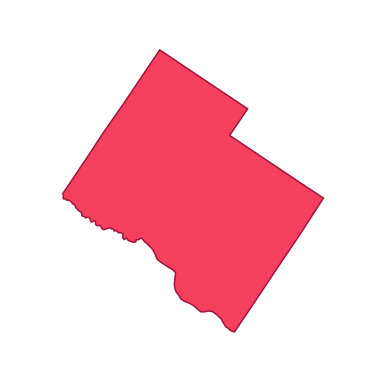 Picún Leufú, Neuquén, Argentina, rotated 78°
{"feature_id": "61730980B82324044769491", "entity_name": "Picún Leufú", "entity_type": "district", "adm_level": 2, "iso_a3": "ARG", "parent_name": "Argentina", "parent_adm1": "Neuquén", "projection": "mercator", "projection_center": [-69.301, -39.408], "detail": "fine", "context": "isolated", "style": "filled", "palette": "rose", "viewbox_px": 384, "rotation_deg": 78, "n_neighbors": 0, "source": "geoboundaries", "source_scale": "gbopen_adm2", "svg_char_len": 4578}
<svg xmlns="http://www.w3.org/2000/svg" viewBox="0 0 384 384"><g transform="rotate(78 192 192)"><path d="M92.4,241.7L116.5,267.4L134.0,285.0L166.7,318.7L166.9,318.9L167.0,318.8L167.3,318.7L167.7,318.5L168.3,318.4L169.2,318.6L169.9,318.8L170.8,319.2L171.4,319.3L171.8,319.1L172.2,318.9L172.3,318.6L172.3,318.1L172.3,317.5L172.4,317.1L172.5,317.0L172.6,316.9L172.8,316.7L173.0,316.6L173.3,316.5L173.8,316.3L174.0,316.1L174.0,315.6L174.2,315.3L174.2,315.2L174.3,314.6L174.5,314.2L174.7,313.7L175.2,313.2L175.7,312.9L175.8,312.9L176.4,312.3L177.0,311.8L177.6,311.6L178.0,311.5L178.4,311.3L178.7,311.2L178.9,310.8L179.4,310.3L179.7,310.0L179.7,309.9L179.9,309.6L180.1,309.3L180.4,309.2L180.6,309.2L180.8,309.1L181.5,309.1L181.8,309.0L182.2,309.0L182.4,309.0L182.8,309.0L183.2,308.8L183.6,308.6L184.0,308.2L184.5,307.7L184.8,307.7L185.0,307.7L185.5,307.7L185.9,307.4L186.2,307.2L186.4,307.0L186.5,306.7L186.9,306.4L187.0,306.4L187.4,306.0L187.7,305.9L187.9,305.6L188.0,305.1L188.2,304.8L188.3,304.7L188.5,304.5L189.2,304.6L189.7,304.6L190.0,304.3L190.3,304.2L191.1,304.4L191.6,304.6L191.8,304.6L192.2,304.6L192.4,304.4L192.8,304.0L193.2,303.7L193.3,303.2L193.5,302.7L193.7,302.3L193.8,302.2L194.1,302.0L194.3,301.9L194.7,301.8L195.0,301.7L195.2,301.3L195.1,300.9L195.0,300.5L194.9,300.1L194.8,299.8L195.0,299.2L195.3,298.7L195.6,298.3L196.1,297.7L196.3,297.6L196.5,297.5L196.7,297.4L197.3,297.2L198.2,297.2L198.6,297.3L199.0,297.3L199.5,297.1L200.0,296.9L200.4,296.4L200.5,296.1L200.5,295.4L200.3,295.0L200.1,294.5L199.9,294.0L199.9,293.6L200.0,293.1L200.2,292.9L200.5,292.7L200.9,292.6L201.7,292.7L202.1,292.8L202.6,292.9L203.3,293.1L203.5,293.0L204.2,292.7L204.6,292.4L204.9,292.0L205.0,291.9L205.1,291.6L205.2,291.3L205.5,290.7L205.6,290.3L205.7,289.8L205.5,289.7L205.4,289.5L205.5,289.1L205.7,288.7L206.0,288.5L206.1,288.4L206.5,288.2L207.7,288.0L208.5,288.0L209.6,287.2L210.0,286.8L210.3,286.5L210.5,286.1L210.6,285.7L210.5,285.0L210.3,284.4L210.3,283.6L210.2,282.7L210.0,282.4L210.0,281.7L210.0,280.9L210.2,280.2L210.3,279.7L210.3,279.4L210.4,279.0L210.6,278.7L211.2,278.4L211.6,278.0L211.6,277.6L211.5,277.2L211.5,276.8L211.8,276.6L212.3,276.5L212.8,276.5L213.2,276.4L213.6,276.4L213.9,276.2L214.0,275.9L214.1,275.4L214.1,275.0L214.1,274.8L214.1,274.6L214.2,274.3L214.4,274.0L214.6,273.6L214.9,273.2L215.1,273.1L215.4,273.1L215.7,272.9L216.0,272.8L216.5,272.5L216.7,272.2L216.7,271.9L216.7,271.4L216.9,270.6L217.1,270.1L217.4,269.8L217.5,269.5L217.7,269.4L218.2,269.0L218.5,268.6L218.9,268.4L219.4,268.4L219.7,268.5L219.9,268.6L220.1,268.7L220.3,268.7L220.5,268.5L220.7,268.4L221.0,268.5L221.4,269.0L221.9,269.3L222.2,269.4L222.5,269.3L222.8,269.1L223.4,268.8L224.1,268.4L224.3,268.3L224.4,267.9L224.2,267.4L223.7,266.8L223.4,266.0L223.4,265.9L223.7,265.6L223.9,265.3L224.7,265.1L225.1,265.0L225.7,264.6L226.1,264.3L227.0,263.2L227.3,262.6L227.9,261.7L228.4,261.0L228.6,260.8L228.7,260.0L228.9,259.6L229.0,259.1L229.3,258.4L229.0,257.5L228.7,257.1L228.2,256.9L227.7,256.8L227.2,256.8L227.1,255.9L227.4,255.1L227.6,254.4L227.3,253.6L226.8,252.7L226.7,252.1L226.7,251.3L227.0,250.9L227.4,250.5L228.9,249.6L230.7,248.8L232.2,247.5L233.8,246.3L235.3,245.3L236.0,244.9L237.4,243.9L238.4,243.3L239.6,242.7L241.1,242.1L243.9,241.3L245.2,241.0L246.5,240.7L248.2,240.5L249.1,240.4L249.3,240.3L250.0,240.2L251.5,239.4L251.9,239.0L252.8,238.3L253.3,237.8L253.9,237.3L254.4,236.8L254.8,236.4L255.5,235.8L256.0,235.3L256.2,235.1L256.4,234.9L256.8,234.5L257.4,233.8L258.2,233.1L260.0,231.3L260.8,230.5L261.2,230.1L261.8,229.4L262.5,228.6L263.1,228.0L264.1,226.9L264.9,226.4L267.0,225.0L268.0,225.0L268.3,225.0L270.7,225.9L274.6,227.3L276.0,227.7L276.9,228.0L278.0,228.3L279.2,228.5L279.9,228.6L280.5,228.7L281.4,228.7L281.9,228.7L282.8,228.7L283.6,228.7L284.4,228.6L285.0,228.6L286.2,228.2L287.0,228.0L287.5,227.8L288.3,227.4L289.5,226.7L291.3,226.1L292.7,225.6L294.2,225.2L296.7,222.7L297.1,222.3L297.9,221.3L298.3,220.7L300.0,218.1L301.4,216.4L302.3,215.3L303.8,213.9L305.5,212.5L307.9,210.8L309.9,209.3L310.9,208.2L311.3,207.6L311.9,204.0L311.8,203.4L311.7,202.2L311.6,201.1L312.4,199.1L312.4,198.9L312.5,198.7L313.3,196.9L315.3,194.8L316.0,194.3L316.1,194.2L317.7,192.9L318.7,192.3L319.5,191.8L319.8,191.6L321.6,190.0L325.2,189.0L325.3,188.9L329.0,187.7L330.9,187.0L332.0,185.8L332.1,185.7L332.4,185.3L334.4,184.0L335.1,183.5L335.5,182.9L335.9,182.5L336.7,181.4L337.7,179.5L337.6,179.4L318.2,159.3L284.2,124.5L279.4,119.5L255.1,94.4L225.3,64.7L224.9,65.0L203.4,86.2L144.5,143.4L122.2,120.3L77.6,163.7L46.3,194.0L92.4,241.7Z" fill="#f43f5e" stroke="#9f1239" stroke-width="1.5"/></g></svg>